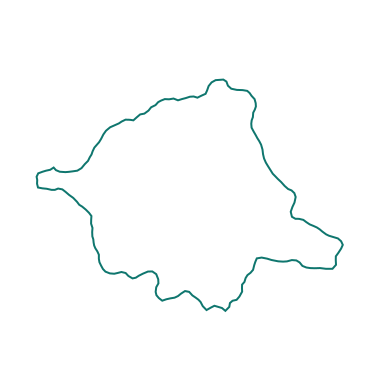 José Gonçalves de Minas, Minas Gerais, Brazil, rotated 277°
{"feature_id": "56859067B28845498897374", "entity_name": "José Gonçalves de Minas", "entity_type": "district", "adm_level": 2, "iso_a3": "BRA", "parent_name": "Brazil", "parent_adm1": "Minas Gerais", "projection": "albers", "projection_center": [-42.66, -16.9], "detail": "fine", "context": "isolated", "style": "outline", "palette": "teal", "viewbox_px": 384, "rotation_deg": 277, "n_neighbors": 0, "source": "geoboundaries", "source_scale": "gbopen_adm2", "svg_char_len": 2750}
<svg xmlns="http://www.w3.org/2000/svg" viewBox="0 0 384 384"><g transform="rotate(277 192 192)"><path d="M199.4,51.7L196.8,48.6L195.4,44.6L193.9,41.2L191.8,37.1L188.2,35.9L185.1,36.9L181.3,37.2L177.7,38.6L177.4,43.1L177.5,47.4L177.0,52.4L177.4,55.6L179.1,58.7L178.8,63.0L176.7,66.5L174.1,70.4L171.7,74.8L168.2,79.1L165.6,81.6L164.1,84.8L161.6,88.7L158.8,92.3L155.9,95.1L152.2,95.3L148.3,95.7L144.2,97.6L140.1,97.8L135.8,98.5L133.0,99.8L129.9,100.5L127.0,101.4L124.4,102.9L121.5,105.3L118.4,107.2L114.3,107.7L111.0,108.7L107.9,110.7L104.7,113.0L102.4,115.8L101.2,120.4L101.4,124.8L102.5,127.9L104.0,131.7L103.5,136.0L100.9,139.1L99.0,143.5L100.1,146.7L102.4,149.4L105.0,153.3L107.7,158.0L108.3,162.3L106.1,166.5L101.3,169.1L97.2,169.8L93.1,168.1L88.4,168.1L85.2,169.3L82.7,172.0L80.5,175.7L82.4,179.6L83.8,183.5L85.0,187.6L87.0,190.8L89.8,193.5L92.8,197.1L92.5,201.4L89.4,205.0L87.5,208.7L85.9,211.5L83.9,213.9L80.0,216.6L76.6,220.8L79.7,225.0L81.8,228.1L81.2,231.8L80.5,235.9L78.1,239.6L82.5,243.0L86.4,243.2L89.0,245.5L90.4,249.4L94.0,251.8L99.2,253.9L102.9,253.3L106.2,253.0L109.1,255.0L113.1,255.7L116.3,257.2L118.9,259.9L122.2,262.1L127.1,262.7L130.5,263.4L134.0,264.4L135.4,269.1L135.0,274.7L134.2,279.2L133.7,286.0L134.0,290.9L134.7,294.7L136.6,299.4L136.8,303.9L135.2,307.4L132.1,310.6L131.0,314.7L130.9,318.7L131.3,323.2L132.1,328.3L132.1,334.3L132.9,340.8L137.3,343.8L141.9,343.0L145.7,342.6L149.3,344.6L154.0,346.9L157.9,348.1L161.3,346.0L163.7,342.5L164.5,337.8L165.3,333.2L166.3,330.3L168.6,326.2L170.5,323.3L172.0,320.3L173.1,316.8L174.2,312.8L176.0,309.2L177.9,305.9L178.4,301.5L178.0,297.9L179.6,294.2L184.4,292.4L189.4,293.5L194.0,295.0L199.7,295.5L203.4,293.7L205.7,290.6L206.7,287.0L209.3,283.2L212.8,279.2L215.5,275.5L217.7,272.8L220.0,269.9L223.7,266.9L227.0,264.2L230.2,261.7L234.1,259.4L238.2,257.9L242.7,256.8L247.4,254.8L250.6,252.6L253.4,250.3L256.5,248.1L259.4,245.9L263.1,243.3L267.0,242.5L270.4,242.5L273.7,243.3L278.2,243.1L281.4,244.3L284.7,245.0L287.9,244.4L291.8,242.8L294.7,239.4L297.3,237.1L299.1,234.5L299.3,229.9L298.8,224.0L299.3,218.4L301.9,214.7L305.8,212.7L307.4,209.4L306.7,205.9L305.9,201.8L303.2,198.1L299.2,195.6L294.6,194.6L291.1,193.5L288.8,189.7L286.3,185.9L287.0,182.0L286.3,178.3L284.4,174.2L283.1,170.9L281.3,166.9L282.5,162.3L281.2,157.9L280.9,153.7L279.0,150.2L277.1,147.5L273.8,145.2L271.1,141.1L267.5,138.9L264.0,135.2L262.7,131.1L259.1,127.8L256.0,125.1L256.1,121.6L255.7,117.2L253.3,113.5L251.2,111.1L249.1,107.6L246.3,102.9L242.4,99.2L238.3,97.0L233.6,95.3L230.1,93.7L227.3,91.8L224.2,89.7L220.3,88.4L217.0,87.7L214.0,86.3L210.2,85.0L206.6,82.2L202.2,79.4L199.2,75.6L198.0,71.2L197.0,67.3L196.3,63.9L196.0,58.3L197.1,54.3L199.4,51.7Z" fill="none" stroke="#0f766e" stroke-width="2"/></g></svg>